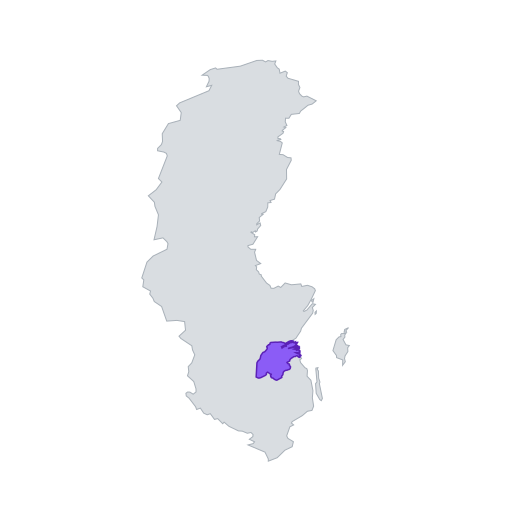 Östergötland on a map of Sweden (Natural Earth projection), rotated 328°
{"feature_id": "SWE-184", "entity_name": "Östergötland", "entity_type": "County", "adm_level": 1, "iso_a3": "SWE", "parent_name": "Sweden", "parent_adm1": "", "projection": "natural_earth1", "projection_center": [16.243, 58.361], "detail": "fine", "context": "in_parent", "style": "filled", "palette": "violet", "viewbox_px": 512, "rotation_deg": 328, "n_neighbors": 0, "source": "natural_earth", "source_scale": "10m", "svg_char_len": 8355}
<svg xmlns="http://www.w3.org/2000/svg" viewBox="0 0 512 512"><g transform="rotate(328 256 256)"><path d="M127.8,336.4L129.5,339.9L133.1,339.5L134.7,336.9L136.7,329.5L134.4,321.3L137.7,318.5L139.9,313.9L144.9,312.6L151.7,307.4L152.4,302.0L154.0,298.1L148.6,286.2L148.2,283.2L156.9,281.6L160.7,273.8L154.8,268.7L145.8,263.9L149.2,248.8L145.6,240.7L146.2,237.2L145.7,232.0L148.0,229.8L143.7,222.1L148.2,216.8L147.5,214.1L160.3,203.4L168.7,201.5L184.1,203.1L187.9,198.9L188.0,196.6L186.7,191.3L178.1,188.2L187.6,178.7L195.1,169.4L196.6,160.4L198.3,156.6L196.6,147.9L206.5,146.9L215.4,143.4L214.3,138.6L233.8,124.1L234.4,121.5L232.9,119.0L228.3,114.6L229.6,112.6L234.8,111.4L237.4,109.4L241.3,102.6L251.9,97.3L263.6,100.8L268.6,94.8L268.2,86.5L272.4,85.7L303.7,90.9L308.9,87.8L303.6,86.2L308.8,82.9L310.3,80.8L310.8,78.4L310.5,77.1L306.1,74.1L316.0,73.7L321.4,75.1L321.9,77.0L343.3,86.7L360.3,90.6L365.2,93.4L367.0,96.5L369.7,96.6L372.9,99.5L376.2,101.1L373.6,103.1L373.8,107.7L374.7,109.8L373.2,113.7L378.8,114.7L379.7,117.1L376.9,119.5L377.3,122.2L384.6,130.4L382.9,133.0L382.5,136.4L379.4,138.8L378.9,141.4L379.6,144.7L380.7,146.3L383.9,147.4L389.3,156.3L384.1,156.9L380.0,155.7L370.6,156.8L368.3,158.1L361.0,154.6L356.9,156.6L354.1,154.8L351.9,157.7L351.4,161.7L348.0,161.4L349.3,162.9L344.8,163.4L344.4,164.0L345.4,165.0L344.0,166.2L337.7,166.6L336.9,167.9L338.8,169.5L338.8,170.4L334.7,169.0L337.5,171.9L338.2,174.0L329.6,182.2L332.6,184.4L335.0,189.2L337.7,191.3L336.6,193.5L327.7,198.8L322.8,206.9L311.5,212.3L305.6,213.7L301.8,217.6L297.3,216.4L297.1,218.6L294.2,217.2L291.9,220.7L287.8,223.6L283.3,223.0L282.9,223.5L284.2,224.4L279.1,225.1L277.6,228.2L273.7,229.0L273.1,229.9L277.0,230.1L276.2,232.6L271.8,233.9L270.2,235.4L268.3,235.4L268.7,234.2L265.7,234.3L264.8,232.9L264.2,233.2L266.2,237.3L264.8,238.9L267.6,240.5L259.6,244.4L254.7,242.9L254.0,244.1L255.1,247.5L259.3,250.2L256.8,252.0L254.1,260.0L256.0,264.9L250.4,263.8L250.8,265.6L249.0,267.8L249.8,270.9L249.2,273.0L250.5,274.9L249.8,275.8L250.6,284.5L252.2,288.3L251.7,291.3L254.0,292.9L258.9,293.3L260.3,295.8L266.4,294.3L270.8,299.2L279.2,303.4L278.7,306.1L284.1,308.1L287.2,311.8L288.4,314.9L288.0,316.8L279.9,322.0L273.5,325.5L267.0,327.6L267.3,328.5L270.5,328.8L278.5,326.3L280.8,328.5L276.5,329.5L275.7,332.5L273.8,334.5L256.3,341.3L254.0,343.4L246.2,346.9L232.2,346.6L230.0,347.4L242.2,348.8L245.1,351.3L239.3,352.9L241.8,358.9L240.3,360.4L240.3,367.1L238.2,367.2L237.3,370.0L238.3,376.7L239.4,378.5L238.9,380.5L235.6,385.0L236.7,390.5L232.9,400.4L228.6,406.2L225.3,413.9L221.6,416.6L217.3,414.9L210.8,415.9L199.0,415.6L197.5,416.4L198.4,419.2L194.2,418.8L186.7,424.8L186.4,427.6L189.3,433.3L185.6,436.9L177.7,436.0L167.1,438.3L157.7,436.5L158.9,434.6L159.7,427.1L149.1,412.0L154.2,413.6L156.3,412.8L153.2,407.9L157.6,407.5L158.9,405.8L158.2,403.0L154.7,401.7L151.6,397.3L148.4,395.0L142.8,386.1L140.9,380.0L138.9,380.6L137.3,373.6L134.2,372.6L133.7,365.5L130.5,364.8L128.4,361.6L128.2,355.5L124.3,354.7L124.9,351.8L123.9,341.1L122.7,337.7L123.8,335.3L125.9,335.1L127.8,336.4ZM291.1,369.3L289.4,370.0L288.4,371.9L285.6,372.9L285.2,379.0L287.7,381.4L285.1,382.4L283.3,385.7L278.6,387.9L276.7,389.9L275.7,393.0L271.5,394.6L274.5,390.1L270.5,384.9L271.5,383.0L271.1,377.0L279.6,369.5L283.5,368.6L285.3,369.4L286.1,367.6L287.3,367.1L291.1,369.3ZM236.8,412.0L234.7,413.3L234.0,411.5L234.3,404.3L238.9,395.8L241.0,395.1L246.8,383.6L247.4,382.8L249.4,383.5L247.9,384.6L248.0,386.6L244.4,392.8L243.4,396.8L242.1,397.8L236.8,412.0ZM292.8,366.9L292.4,368.7L290.3,367.3L292.3,365.3L296.5,365.8L292.8,366.9ZM282.4,322.9L279.7,325.5L279.2,324.4L279.7,323.1L282.4,322.9ZM276.6,336.6L275.2,336.8L276.2,335.0L278.1,334.6L276.6,336.6Z" fill="#d9dde1" stroke="#a8b0b8" stroke-width="1"/><path d="M242.0,347.4L237.7,347.1L230.4,346.5L230.7,346.8L230.9,346.9L231.0,347.2L230.9,347.4L230.5,347.5L229.6,347.3L229.3,347.4L229.3,347.6L229.5,347.5L229.8,347.4L230.0,347.5L230.1,347.8L230.5,347.6L231.5,347.9L231.9,347.7L232.3,347.4L232.5,347.3L232.8,347.4L233.3,347.8L233.3,348.3L233.4,348.5L233.7,348.6L233.9,348.6L234.1,348.5L234.3,348.1L234.4,347.7L234.5,347.3L234.8,347.0L235.1,347.1L236.2,347.5L236.4,347.7L239.0,347.6L239.4,347.8L239.8,348.1L240.1,348.2L241.0,348.3L241.3,348.6L241.3,348.4L241.2,348.1L241.9,348.2L242.2,348.2L242.0,348.7L242.1,349.1L242.5,349.4L243.1,349.5L242.9,349.6L242.8,349.8L243.4,349.8L243.4,350.0L243.2,350.3L243.4,350.4L244.3,350.6L245.4,351.3L244.9,351.6L243.8,351.6L243.4,351.7L243.6,352.1L243.1,352.4L242.4,352.6L241.9,352.7L241.7,352.7L241.5,353.0L241.4,353.0L241.2,353.0L240.9,352.9L238.2,352.5L236.9,352.0L234.8,351.5L234.2,351.7L235.0,351.8L239.5,353.4L240.2,353.5L240.4,353.6L240.6,354.0L240.6,354.5L240.6,354.9L240.8,354.9L241.2,354.8L241.4,354.7L241.5,354.6L241.8,354.8L241.9,355.5L238.9,355.1L239.2,355.4L240.0,355.8L240.3,356.1L240.3,356.3L240.3,356.5L240.6,356.6L240.8,356.6L240.9,356.3L240.8,356.1L242.0,355.9L242.4,355.9L242.2,356.4L242.1,356.5L241.8,356.4L241.6,356.4L241.6,356.5L241.6,356.9L241.5,357.0L241.3,357.1L240.5,357.2L240.5,357.4L241.0,357.4L242.5,358.1L242.3,358.3L242.2,358.3L242.5,358.5L242.8,358.8L242.9,359.1L243.0,359.5L242.9,359.9L242.7,359.9L242.4,359.8L242.2,359.9L242.3,360.1L242.5,360.3L242.0,361.2L240.8,360.7L239.5,359.7L238.6,359.2L238.9,359.7L239.7,360.3L240.1,360.8L239.9,360.7L239.6,360.8L240.0,361.3L240.7,362.0L241.1,362.5L240.7,362.6L240.7,363.0L240.4,363.2L240.1,363.2L240.5,363.4L240.9,363.6L241.2,363.7L241.5,364.1L241.3,364.4L241.2,364.4L240.8,364.1L240.2,364.4L240.1,364.6L240.4,364.9L239.9,364.7L239.5,363.8L239.2,363.7L238.9,364.0L239.0,364.4L239.5,365.1L239.8,365.0L240.1,365.1L239.5,365.1L239.2,365.0L239.0,364.8L238.9,364.8L238.6,364.3L238.4,363.9L238.1,362.7L238.0,362.4L237.8,362.2L237.5,362.1L237.2,362.0L236.4,362.1L236.1,362.1L235.9,362.0L235.6,361.8L235.3,361.6L234.8,361.4L234.4,361.3L234.0,361.4L233.2,361.5L231.9,361.4L231.3,361.5L230.0,361.8L229.6,362.0L229.3,362.4L229.2,362.6L229.1,362.8L228.8,362.9L228.2,362.8L227.5,362.8L226.3,362.6L225.9,362.7L225.8,362.8L225.9,363.0L226.1,363.1L226.1,363.4L226.0,363.6L225.9,363.8L226.0,364.1L226.1,364.3L226.9,365.1L227.0,365.3L227.0,365.5L226.8,365.9L226.5,366.2L226.4,366.4L226.3,366.6L226.4,366.9L226.6,367.4L226.6,367.8L226.6,368.2L226.3,368.6L225.5,369.4L224.9,369.7L224.5,369.8L223.9,369.8L223.3,369.5L221.8,369.3L220.8,368.8L220.4,368.7L219.6,368.6L219.1,368.6L218.4,368.7L218.0,368.9L217.6,369.0L216.9,369.7L216.5,370.1L216.3,370.3L216.1,370.7L215.8,370.9L215.4,371.1L214.5,371.3L214.1,371.5L213.9,371.7L213.8,371.9L213.8,372.1L213.5,372.7L208.2,372.4L207.8,372.3L207.3,371.9L206.9,371.3L206.3,370.4L206.1,369.8L205.9,369.4L205.9,369.1L205.8,368.7L205.5,368.4L204.7,367.5L204.6,367.2L204.6,366.9L204.7,366.7L204.8,366.6L204.7,366.4L204.6,366.2L204.8,365.7L204.9,365.2L205.1,365.0L205.2,364.9L205.7,364.8L205.9,364.7L206.1,364.6L206.3,364.4L206.2,364.2L205.5,363.5L205.4,363.3L205.3,363.1L205.1,362.5L204.9,361.8L204.8,361.5L204.3,360.9L204.3,360.7L204.1,360.6L202.8,360.8L202.6,360.9L202.5,361.0L202.4,361.5L202.2,361.8L201.9,362.0L201.4,362.1L200.6,362.2L195.5,361.7L193.8,361.1L193.2,360.6L192.0,358.7L200.2,347.1L201.2,346.5L202.0,346.1L204.5,345.6L204.8,345.4L205.6,344.8L207.2,343.1L207.9,342.7L210.2,341.7L210.8,341.5L211.4,341.6L212.2,341.8L212.7,341.8L213.3,341.7L215.7,340.9L216.3,340.6L216.8,340.0L217.0,339.6L216.9,339.2L216.9,338.8L217.0,338.6L217.5,338.4L218.1,338.2L218.7,338.1L219.6,337.9L220.7,338.3L221.0,338.2L221.5,337.6L221.6,337.4L221.8,337.3L222.2,337.2L222.6,337.2L222.9,337.2L223.7,337.7L227.1,339.5L228.3,340.4L231.8,342.2L232.1,342.5L232.3,343.0L232.6,343.3L233.7,344.2L233.8,344.4L233.9,344.9L234.1,345.2L234.5,345.5L234.8,345.8L235.1,345.8L238.8,345.9L240.1,346.2L241.1,346.6L241.7,347.1L242.0,347.4L242.0,347.4ZM244.4,355.7L244.8,355.5L245.0,355.6L244.9,355.6L244.8,355.8L244.7,355.9L244.5,356.0L244.2,356.1L243.9,356.1L243.4,356.0L243.0,355.8L242.8,355.5L242.7,355.3L242.5,355.1L242.5,354.8L242.4,354.6L242.1,354.4L242.2,354.1L242.6,354.0L242.8,354.0L243.1,353.9L243.3,353.9L243.6,353.8L243.8,353.9L243.8,354.1L243.5,354.3L243.3,354.4L243.1,354.3L243.5,354.6L243.4,354.7L243.2,354.7L243.0,354.8L243.1,355.0L243.4,355.3L244.0,355.7L244.4,355.7ZM243.9,356.5L244.1,356.6L244.2,356.8L244.1,357.1L243.9,357.3L243.7,357.3L243.2,356.8L243.2,356.5L243.4,356.3L243.9,356.5Z" fill="#8b5cf6" stroke="#5b21b6" stroke-width="1.5"/></g></svg>